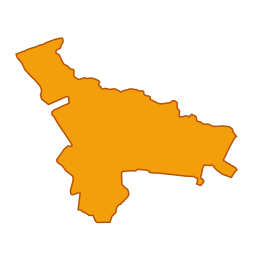 the district of Río Bravo, Suchitepéquez, Guatemala, rotated 87°
{"feature_id": "79465075B98045843880740", "entity_name": "Río Bravo", "entity_type": "district", "adm_level": 2, "iso_a3": "GTM", "parent_name": "Guatemala", "parent_adm1": "Suchitepéquez", "projection": "mercator", "projection_center": [-91.352, 14.385], "detail": "fine", "context": "isolated", "style": "filled", "palette": "amber", "viewbox_px": 256, "rotation_deg": 87, "n_neighbors": 0, "source": "geoboundaries", "source_scale": "gbopen_adm2", "svg_char_len": 4955}
<svg xmlns="http://www.w3.org/2000/svg" viewBox="0 0 256 256"><g transform="rotate(87 128 128)"><path d="M34.8,189.0L34.9,190.3L35.1,193.3L36.0,197.2L38.5,205.2L40.0,208.2L40.9,213.0L41.6,214.0L44.0,223.0L45.3,226.6L46.1,227.5L46.0,229.1L47.0,231.3L48.4,235.9L52.0,234.9L57.6,230.7L64.5,227.8L71.1,222.4L74.5,219.0L81.3,213.8L84.9,212.4L87.9,212.7L90.8,213.7L94.8,212.6L100.4,206.2L93.7,188.6L93.4,186.6L94.2,185.7L100.2,185.5L102.1,190.8L104.6,196.9L106.3,201.2L108.0,203.1L110.8,203.2L111.5,202.5L112.9,201.3L120.2,197.6L139.8,185.8L142.0,184.9L143.4,185.2L142.8,189.1L145.7,192.8L149.1,195.4L155.6,200.6L156.4,201.0L157.9,200.6L160.3,198.5L161.6,196.2L167.8,191.9L171.1,188.0L173.2,185.7L174.7,185.4L177.7,185.6L187.5,188.8L190.8,188.5L191.8,187.4L191.4,184.7L190.1,181.6L190.6,179.2L207.0,182.1L207.5,179.5L209.4,177.5L210.7,174.5L213.3,171.5L213.4,167.9L214.0,167.2L219.4,165.3L220.7,163.7L221.2,150.9L215.1,148.5L212.0,144.7L206.5,143.4L204.1,141.0L203.6,139.1L201.3,137.2L200.8,135.8L199.8,135.3L196.4,131.6L193.9,130.6L190.0,131.3L188.6,132.3L187.7,133.8L186.3,135.0L184.6,136.6L183.1,137.0L174.3,136.9L171.4,136.2L171.1,135.7L170.8,125.9L171.3,122.5L170.0,121.2L169.8,120.4L170.8,112.7L171.8,109.6L173.5,108.8L174.1,105.8L174.6,100.1L179.1,72.6L179.9,65.0L182.2,61.2L184.9,61.5L187.4,62.4L189.1,58.9L188.8,57.8L188.3,57.6L187.3,56.4L185.6,55.2L184.4,55.2L183.9,55.8L182.8,56.4L182.6,57.2L181.7,58.0L180.6,58.2L179.6,57.5L171.4,55.4L169.0,53.7L169.8,48.6L169.5,45.9L171.0,44.1L171.9,44.0L175.2,41.0L179.2,35.9L182.8,27.4L178.5,24.4L175.2,21.4L172.6,23.5L170.7,26.9L168.9,29.0L168.9,29.6L166.4,32.7L166.1,33.5L165.6,34.1L164.9,34.4L151.8,27.2L143.8,22.2L142.2,20.1L141.2,20.6L140.7,21.1L140.0,21.7L139.4,22.0L138.9,22.3L138.3,22.7L137.5,23.1L136.5,23.4L136.0,23.5L135.2,23.6L134.5,23.9L133.8,24.6L133.4,25.1L132.9,25.7L132.4,26.4L131.9,27.3L131.8,27.9L131.7,28.8L131.5,29.8L131.3,30.7L131.2,31.6L131.0,32.5L130.9,33.3L130.9,33.8L130.9,34.8L131.0,35.7L131.0,36.4L131.0,37.6L131.0,38.6L130.9,41.5L130.8,42.2L130.7,43.0L130.5,43.6L130.2,44.2L129.9,44.8L129.4,45.7L128.7,46.6L128.3,47.5L128.2,48.3L128.2,49.1L128.2,50.6L128.1,51.3L128.0,51.9L127.7,52.9L127.4,53.4L126.9,54.0L126.2,54.5L125.8,55.3L125.1,57.7L124.7,58.3L123.9,58.9L123.3,59.1L121.9,59.1L121.3,59.2L120.6,59.4L119.8,60.0L119.3,60.6L119.0,61.3L118.8,62.0L118.5,62.6L117.8,63.1L117.7,64.0L118.2,64.7L119.3,65.4L119.8,65.8L120.1,66.5L119.6,67.1L119.2,67.6L119.1,68.3L119.0,69.0L119.0,69.7L119.0,70.6L119.1,71.1L119.4,72.0L119.6,73.5L119.7,74.3L119.7,74.8L119.7,75.8L118.9,76.2L118.4,76.0L117.6,76.0L116.8,76.1L115.9,76.2L115.1,75.9L114.6,75.6L113.6,75.6L113.1,75.9L112.7,76.4L112.3,76.8L111.9,77.2L111.3,77.5L110.7,77.7L110.1,77.8L108.2,77.8L107.1,77.6L106.3,77.5L105.6,77.5L104.8,77.9L104.4,78.5L103.6,79.4L103.2,80.0L103.1,81.3L103.1,81.9L103.7,83.0L104.4,84.0L104.8,84.6L105.0,85.6L105.1,86.7L105.1,87.4L105.2,88.6L105.3,89.5L105.4,90.4L105.5,91.0L105.6,91.6L105.6,93.1L105.5,94.4L105.4,95.0L105.1,95.9L104.8,96.9L104.4,97.5L104.0,98.2L103.6,98.9L103.1,99.8L102.7,100.6L102.3,101.3L101.9,101.9L101.5,102.5L101.2,103.2L101.0,104.0L100.4,104.5L99.6,104.1L98.6,104.0L98.0,104.3L97.7,104.7L97.3,105.5L97.1,106.3L97.0,106.9L96.7,107.9L96.3,108.7L96.1,109.2L95.6,109.8L95.2,110.2L94.6,110.4L93.1,110.4L92.2,110.6L91.8,111.3L91.7,112.2L91.7,113.0L91.7,113.9L91.7,114.6L91.3,115.4L91.0,116.1L90.6,116.7L90.1,117.4L90.0,118.5L89.9,119.2L89.8,120.0L89.5,120.7L89.3,121.8L89.2,122.4L89.1,123.3L89.2,124.0L89.3,124.9L89.5,125.5L89.8,126.2L90.0,127.3L90.1,128.5L90.2,129.1L90.3,129.8L90.8,131.4L91.1,132.1L91.4,132.7L91.6,133.5L91.1,134.3L90.5,135.1L89.6,136.4L89.0,137.3L88.6,138.2L88.3,139.1L88.2,139.7L88.2,140.5L88.2,141.2L88.3,141.8L88.4,142.5L88.5,143.4L88.5,143.9L88.4,144.9L88.0,146.0L87.7,146.8L87.5,147.7L87.2,148.6L87.3,149.1L87.6,150.1L87.7,150.6L87.7,151.3L87.4,152.1L86.7,152.6L85.8,152.8L85.2,153.3L84.8,153.8L84.3,154.4L83.8,154.9L83.1,155.2L82.6,155.1L82.0,154.6L81.4,154.1L80.8,153.9L80.0,154.1L79.3,154.9L79.0,155.3L78.4,156.3L77.9,157.1L77.4,158.2L77.1,159.2L76.7,160.1L76.5,160.7L76.3,161.6L76.2,162.2L76.1,162.9L76.2,163.5L76.2,164.1L76.4,164.9L76.6,165.5L76.6,166.2L76.3,166.7L75.8,167.6L75.6,168.3L75.6,169.0L75.6,169.7L75.8,170.3L76.2,171.2L76.5,172.1L76.8,173.0L76.9,174.1L76.6,175.1L76.3,175.7L76.1,176.4L75.6,177.0L75.1,177.6L74.4,178.4L73.6,179.1L73.0,179.3L70.8,179.3L69.8,179.0L69.2,179.0L68.6,178.9L67.6,179.0L67.0,179.4L66.4,180.1L66.2,181.4L66.1,182.2L65.6,182.9L65.0,183.4L64.2,183.8L63.6,184.4L63.1,185.1L62.8,185.6L62.4,186.2L62.1,186.8L61.7,187.3L61.3,187.9L60.9,188.5L60.3,189.1L59.4,189.5L56.3,190.9L52.6,192.4L51.6,192.8L51.1,193.3L50.5,194.0L50.1,194.7L49.7,195.4L49.2,195.9L48.4,196.0L47.7,196.0L46.9,195.5L46.5,195.1L45.9,194.4L45.5,193.5L45.2,192.7L45.1,192.1L44.8,191.5L43.8,190.9L42.9,190.8L41.6,190.3L40.6,189.5L39.7,188.9L39.1,188.6L37.9,188.3L36.9,188.3L36.0,188.4L35.5,188.6L34.8,189.0Z" fill="#f59e0b" stroke="#b45309" stroke-width="1.5"/></g></svg>